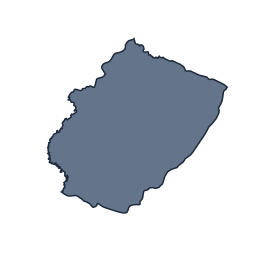 Romeas Haek, Svay Rieng, Cambodia (Albers equal-area conic projection), rotated 215°
{"feature_id": "14789045B82732978056422", "entity_name": "Romeas Haek", "entity_type": "district", "adm_level": 2, "iso_a3": "KHM", "parent_name": "Cambodia", "parent_adm1": "Svay Rieng", "projection": "albers", "projection_center": [105.801, 11.431], "detail": "fine", "context": "isolated", "style": "filled", "palette": "slate", "viewbox_px": 256, "rotation_deg": 215, "n_neighbors": 0, "source": "geoboundaries", "source_scale": "gbopen_adm2", "svg_char_len": 5828}
<svg xmlns="http://www.w3.org/2000/svg" viewBox="0 0 256 256"><g transform="rotate(215 128 128)"><path d="M63.3,131.3L63.3,133.7L63.5,135.4L63.2,136.5L61.5,141.3L61.3,142.4L61.1,144.8L61.1,151.6L61.3,155.5L61.2,156.7L61.4,158.9L61.3,162.6L61.5,167.0L61.8,170.8L62.5,175.6L62.2,176.4L61.6,180.0L61.2,185.8L61.4,187.8L62.1,191.8L62.4,192.9L63.5,194.8L65.0,195.8L65.4,196.6L65.8,201.1L66.4,203.3L66.5,204.1L67.7,206.8L70.5,212.3L70.6,212.8L70.7,213.4L70.1,215.5L70.0,216.2L70.2,217.9L70.1,218.3L73.4,218.6L75.0,218.6L85.4,217.0L86.8,216.5L87.8,215.7L88.5,214.9L89.5,214.4L90.9,214.5L92.6,214.9L93.8,214.6L95.1,214.0L98.6,212.6L101.5,211.8L104.1,211.5L107.1,210.8L108.2,210.8L109.3,210.6L110.6,209.9L111.1,209.5L111.5,208.8L112.9,208.1L113.6,208.0L114.2,208.1L116.2,209.5L117.9,210.1L122.0,210.1L124.7,209.5L127.9,209.0L130.4,208.4L130.8,208.2L130.8,207.6L132.3,206.9L133.6,206.5L136.9,206.0L139.3,205.9L140.0,206.0L140.2,205.3L141.4,204.5L142.4,204.3L143.5,204.7L143.5,202.4L143.8,202.1L144.5,202.1L144.7,202.4L145.6,202.0L145.9,201.8L146.3,200.4L146.5,200.2L147.1,200.1L147.8,200.4L148.5,200.1L148.7,200.3L149.6,200.5L150.3,200.3L151.4,200.8L151.8,200.7L152.3,199.9L152.7,199.8L153.7,200.5L154.7,201.7L155.1,201.8L155.4,201.8L155.8,201.5L156.5,200.7L157.1,200.4L157.8,199.8L158.2,199.6L159.5,199.7L160.1,200.0L160.3,200.7L160.1,201.7L160.8,202.5L162.0,203.4L162.9,203.9L163.2,203.9L163.7,203.8L164.3,203.9L165.0,203.5L165.0,202.7L165.7,202.7L165.8,202.2L166.0,201.9L166.7,202.2L167.7,202.3L168.3,202.1L169.0,201.4L169.4,201.3L170.1,201.4L171.5,202.3L172.3,202.5L172.4,203.0L172.9,203.5L173.3,203.7L174.3,204.6L174.6,203.6L177.3,200.1L177.6,199.4L177.8,198.4L177.9,197.3L177.8,194.8L177.5,194.0L176.5,192.8L176.0,191.9L175.9,191.3L176.0,189.6L176.8,187.2L178.2,185.2L179.5,183.8L180.2,183.1L181.0,182.1L181.5,180.8L181.7,179.4L181.2,175.5L181.2,173.3L181.5,171.8L182.1,170.4L182.9,169.5L184.3,167.6L184.9,166.0L185.0,164.3L184.7,163.5L184.2,162.4L183.1,161.6L181.0,160.7L178.3,159.6L177.5,159.4L177.3,158.9L177.6,158.5L177.7,158.0L177.6,157.0L177.8,155.9L178.2,154.8L180.4,152.4L181.7,150.2L181.3,148.9L179.4,144.2L179.2,143.3L179.2,141.9L179.6,141.6L180.2,141.3L182.0,141.1L182.8,140.8L183.5,140.3L183.9,139.1L184.3,138.7L185.0,138.7L185.3,138.4L185.5,138.0L185.8,136.3L186.0,135.6L187.5,134.5L187.8,134.1L187.5,132.5L188.2,131.5L188.8,131.1L191.6,130.3L193.6,129.4L193.8,128.9L193.8,128.3L193.6,127.3L193.5,126.4L193.9,125.8L194.5,125.2L194.7,124.6L194.9,123.0L194.7,120.8L194.7,119.5L194.5,119.1L193.4,119.6L193.1,119.5L192.9,119.0L192.9,118.2L193.3,117.2L193.2,116.8L192.6,116.9L191.3,117.6L190.9,117.6L189.5,116.6L187.9,117.4L186.8,117.6L186.3,117.5L185.9,116.8L185.6,115.8L185.3,115.4L184.8,115.4L183.7,115.6L183.3,115.5L182.8,115.2L182.5,114.8L182.2,114.2L181.8,112.6L182.0,111.6L181.9,111.2L181.5,111.3L181.1,112.5L180.6,112.8L180.2,112.7L179.6,111.9L179.5,111.3L179.6,110.6L180.5,108.8L180.9,107.4L182.1,106.9L182.1,105.4L181.0,105.0L181.0,104.5L181.2,103.2L182.0,101.5L182.4,100.0L183.1,99.8L183.9,100.4L184.6,100.0L184.8,99.3L184.4,97.5L184.4,97.1L184.8,96.3L184.6,94.3L184.4,94.0L184.0,93.8L183.1,93.1L182.7,92.4L182.4,90.7L182.0,90.3L181.6,89.7L182.8,89.2L182.5,86.9L181.9,86.0L181.9,85.5L182.4,84.7L183.1,84.4L183.5,84.8L183.7,85.3L184.1,85.5L184.5,85.0L184.6,84.6L183.9,83.7L183.6,83.5L183.5,83.1L183.9,82.5L184.0,82.0L184.9,80.8L185.1,79.9L185.1,79.1L184.7,77.8L184.7,77.4L185.3,76.6L185.2,76.3L184.6,75.7L184.8,75.1L185.2,74.9L185.4,74.5L185.4,73.6L185.2,73.1L184.3,72.7L183.6,72.0L184.5,70.4L183.8,69.8L183.2,67.9L182.9,67.6L182.2,67.5L182.6,66.6L182.6,65.9L182.3,65.6L181.5,65.6L181.1,64.9L180.9,64.2L179.6,62.9L178.1,62.7L178.0,62.1L178.7,62.1L179.1,61.3L179.0,61.0L178.4,61.1L176.5,60.7L176.8,60.5L176.8,60.2L176.0,59.4L174.5,58.6L174.8,58.2L175.5,57.9L175.5,57.1L175.2,56.8L174.7,57.2L173.9,57.1L173.8,57.4L173.2,57.3L173.0,56.4L173.1,55.4L172.7,54.8L172.4,54.8L171.0,55.8L170.7,55.0L170.0,55.1L170.2,55.4L170.2,55.8L169.6,56.0L167.9,55.7L167.6,55.9L167.8,56.2L167.3,56.5L167.4,56.9L167.8,57.0L167.4,57.6L166.8,57.8L166.8,57.3L166.4,57.0L166.0,56.9L165.7,56.2L165.2,56.4L164.3,57.6L163.8,57.3L163.9,55.8L163.3,55.9L162.6,56.3L161.7,57.1L161.4,57.1L161.8,55.9L161.7,55.4L161.3,55.5L160.6,56.3L158.5,56.0L157.7,55.8L158.0,55.3L158.4,55.7L158.7,55.4L158.6,53.8L158.0,53.0L157.2,53.8L157.6,54.1L157.7,54.7L157.3,55.2L156.9,55.5L156.6,55.6L154.0,55.6L153.5,54.2L152.9,53.6L152.5,52.7L152.2,52.6L151.0,52.3L150.9,52.7L150.4,52.8L150.1,53.4L150.6,53.5L150.8,53.8L150.7,54.2L149.5,53.8L148.8,52.9L148.6,52.4L149.0,52.7L149.4,52.5L149.5,51.9L149.7,51.4L148.9,50.4L148.5,50.3L148.0,50.6L147.7,50.0L147.7,49.2L148.5,49.2L148.8,48.5L148.9,47.3L149.2,46.5L148.8,46.4L148.3,46.0L148.1,45.1L147.8,44.6L147.4,44.6L147.3,45.3L147.0,45.0L146.8,44.2L145.9,43.5L145.7,43.1L145.7,42.5L146.0,42.3L146.2,41.9L146.1,41.2L145.7,40.8L145.5,40.0L145.6,39.6L145.3,39.3L145.8,38.9L145.9,38.5L145.1,38.3L144.9,38.1L144.9,37.7L145.3,37.4L141.7,37.4L139.8,37.7L138.0,38.1L136.3,39.1L132.1,42.8L131.0,43.2L129.4,43.3L127.5,43.2L125.8,43.3L124.2,43.2L122.5,42.9L118.8,43.8L115.6,44.0L112.7,43.1L111.1,43.0L109.9,44.5L109.3,45.8L109.3,46.9L109.8,48.6L109.2,48.9L108.0,49.0L104.7,49.0L102.5,49.3L100.5,49.8L88.8,53.4L83.1,55.7L82.2,56.3L81.5,57.1L81.0,57.5L80.6,57.9L80.5,58.6L80.9,60.8L81.8,63.4L81.7,64.4L81.4,65.6L80.7,66.8L79.8,67.9L77.6,69.8L74.8,71.7L74.5,72.4L74.8,73.1L75.6,73.9L76.0,74.5L75.8,75.6L75.8,78.2L76.1,79.6L77.4,82.0L78.6,84.8L78.8,85.3L78.7,85.9L78.3,86.5L76.9,88.0L76.4,88.8L76.0,89.8L76.3,90.2L76.2,90.7L75.9,91.4L75.0,92.1L73.6,93.3L73.1,93.6L71.7,93.9L71.0,94.2L69.8,95.5L68.7,97.1L68.4,97.9L68.4,99.5L67.7,101.6L68.1,103.5L70.1,109.6L70.4,113.3L70.2,115.3L69.4,117.5L68.5,119.3L68.0,120.0L65.3,123.6L65.1,124.0L65.1,125.9L64.8,127.1L63.8,130.3L63.3,131.3Z" fill="#64748b" stroke="#1e293b" stroke-width="1.5"/></g></svg>